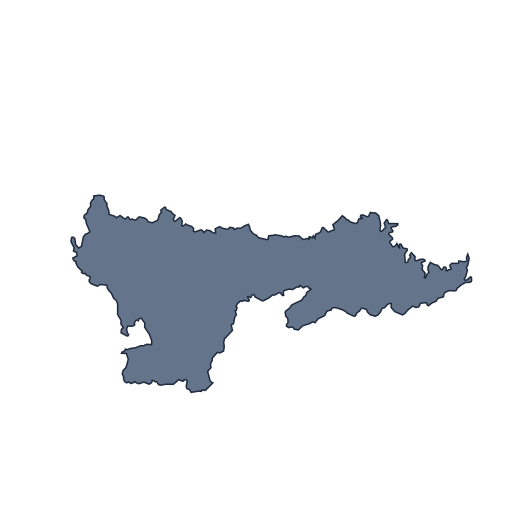 Diamantina, Minas Gerais, Brazil (Albers equal-area conic projection), rotated 57°
{"feature_id": "56859067B62875205833655", "entity_name": "Diamantina", "entity_type": "district", "adm_level": 2, "iso_a3": "BRA", "parent_name": "Brazil", "parent_adm1": "Minas Gerais", "projection": "albers", "projection_center": [-43.58, -17.913], "detail": "fine", "context": "isolated", "style": "filled", "palette": "slate", "viewbox_px": 512, "rotation_deg": 57, "n_neighbors": 0, "source": "geoboundaries", "source_scale": "gbopen_adm2", "svg_char_len": 6116}
<svg xmlns="http://www.w3.org/2000/svg" viewBox="0 0 512 512"><g transform="rotate(57 256 256)"><path d="M117.3,359.2L119.8,361.2L119.8,362.7L121.2,365.8L124.4,367.7L125.6,371.6L127.9,374.0L128.3,377.8L129.2,378.8L130.4,379.6L132.6,379.0L136.2,380.5L145.1,382.1L145.4,384.8L144.8,387.3L146.0,390.4L152.9,397.2L152.7,400.5L148.2,401.0L142.6,398.4L140.6,399.1L140.0,400.5L143.0,403.3L150.1,404.1L152.5,406.4L155.3,404.6L158.4,405.9L157.9,410.7L158.8,411.1L161.1,411.1L162.9,410.0L163.7,410.9L168.7,411.4L173.9,410.0L174.5,411.2L175.5,411.1L176.7,410.5L177.6,408.7L179.7,408.7L182.8,406.5L184.0,406.7L185.2,409.0L186.8,409.8L189.3,409.4L194.8,405.7L195.3,401.8L199.3,396.9L201.3,398.0L203.8,398.3L208.8,397.6L213.8,398.4L217.3,397.4L220.8,398.1L229.6,403.9L236.6,404.2L239.4,406.3L243.6,406.3L244.3,408.9L246.9,411.0L252.8,407.8L253.2,406.8L252.7,405.7L250.5,405.8L246.7,404.3L244.9,401.7L247.3,398.4L247.9,396.1L247.5,395.0L246.2,394.7L245.1,393.3L244.8,392.2L244.6,391.1L246.3,389.9L244.8,388.4L245.8,386.1L251.8,385.8L255.1,388.2L263.7,388.1L270.3,389.6L273.5,391.9L270.5,395.7L270.0,399.3L268.4,401.6L267.4,406.8L265.1,411.9L264.5,414.8L263.0,416.3L263.9,417.6L263.7,420.6L264.3,421.8L267.2,417.8L273.1,419.4L278.7,425.7L279.7,429.9L282.1,432.4L285.7,433.0L286.7,433.9L289.4,434.6L291.9,433.6L292.5,431.2L294.8,430.4L295.5,427.6L295.0,426.5L298.6,424.6L299.5,423.3L300.7,418.7L305.3,415.5L305.4,412.6L303.7,410.7L306.6,408.9L307.3,407.8L311.0,407.7L312.6,406.0L314.4,401.5L318.6,395.2L317.6,388.2L320.9,385.9L321.5,384.7L320.5,383.6L322.0,381.9L323.1,381.6L327.3,385.5L328.7,385.9L329.8,386.1L331.8,384.5L335.0,384.7L338.2,377.5L339.8,375.5L338.9,374.2L341.2,371.6L338.9,361.3L336.0,362.6L326.5,359.4L325.1,354.6L321.5,352.8L319.8,349.6L317.8,348.3L315.8,340.9L317.6,339.2L318.1,335.0L314.7,332.0L310.9,330.2L308.3,327.6L305.6,316.3L300.1,314.2L300.6,311.8L295.7,307.1L294.6,304.5L290.6,303.3L290.9,302.2L288.9,299.9L287.6,300.2L286.1,298.2L285.2,293.5L286.7,291.9L286.5,290.4L289.7,287.3L289.8,286.1L288.8,285.5L285.8,285.5L285.6,284.6L288.0,283.0L286.4,280.2L287.5,278.7L289.8,279.1L297.0,275.2L297.6,274.2L298.2,267.7L297.7,263.4L298.9,261.6L299.3,256.6L300.2,255.7L303.6,255.3L304.1,254.2L300.9,252.7L300.4,251.1L301.6,246.6L304.1,243.5L304.2,238.1L305.3,237.4L305.4,236.2L304.5,235.2L308.6,233.6L308.6,231.2L310.0,228.9L312.1,229.1L312.7,228.1L313.8,227.9L314.2,233.2L316.5,236.2L316.2,237.5L317.9,241.7L316.5,252.8L318.0,256.2L318.4,261.0L319.0,262.2L322.8,263.8L325.6,263.3L329.1,265.2L330.2,267.8L331.4,268.7L333.8,267.7L335.1,264.5L336.4,263.7L338.2,263.8L341.1,260.7L339.9,255.0L342.0,247.6L342.0,244.4L344.1,242.8L342.5,238.3L343.4,230.8L341.1,227.0L341.1,225.5L342.3,222.5L341.1,220.5L341.4,219.5L343.1,216.9L347.7,213.2L350.8,211.3L353.8,210.5L359.8,206.7L360.4,205.4L358.5,202.1L358.6,199.4L357.5,196.8L357.4,195.8L358.1,194.9L360.8,192.5L363.8,193.0L367.5,192.2L371.5,188.8L371.9,186.1L371.0,182.7L368.6,178.7L369.4,176.4L368.2,171.8L368.7,169.4L369.7,168.5L372.7,170.7L378.2,169.9L385.2,165.2L385.3,162.4L384.0,158.2L383.4,151.7L386.3,150.0L387.3,147.1L385.2,143.7L388.0,138.5L390.4,139.1L391.6,138.6L391.2,134.0L392.0,129.6L390.6,126.4L392.4,121.0L390.0,118.9L389.5,116.5L390.4,112.5L393.7,108.1L393.9,106.8L392.6,104.9L391.9,98.1L392.3,96.7L392.0,95.3L394.4,91.3L394.7,89.5L394.0,88.5L391.1,86.9L390.3,87.5L390.9,92.6L390.0,94.0L389.0,94.1L387.6,91.5L384.0,87.5L383.0,86.4L380.1,85.8L379.3,83.6L374.1,78.5L369.8,77.4L372.0,80.4L374.7,81.7L374.8,83.1L373.7,85.2L370.6,88.6L371.9,89.4L372.2,90.6L368.8,95.8L369.2,98.1L370.1,99.0L372.7,99.1L373.2,99.9L372.3,102.4L372.6,103.6L372.0,104.4L369.3,103.0L368.3,103.3L367.6,104.6L369.0,107.3L368.1,108.1L362.9,108.6L360.3,111.1L356.3,113.3L358.6,117.4L360.7,119.1L363.9,119.9L364.5,122.5L366.6,125.8L365.7,126.6L362.7,123.5L357.7,124.0L354.7,121.4L352.4,121.4L351.7,120.6L352.3,116.9L351.0,116.7L349.8,117.4L348.3,120.0L347.3,124.3L345.8,125.0L343.2,122.9L337.8,123.9L339.1,126.8L340.5,126.8L341.5,127.7L342.1,130.5L343.6,131.7L343.5,133.3L342.7,134.3L335.3,130.3L333.6,126.0L332.3,125.4L329.4,128.3L325.4,128.0L324.4,128.5L324.4,129.5L327.4,131.2L326.3,131.7L322.2,131.0L323.2,133.4L323.4,135.3L322.6,136.3L317.8,136.4L316.7,136.0L316.3,132.3L314.8,131.7L310.5,132.7L309.4,132.3L309.2,130.9L310.2,128.5L309.7,127.6L305.9,127.5L305.7,126.0L307.2,122.9L307.2,120.2L306.1,119.4L301.0,127.1L297.6,126.2L296.6,126.7L298.2,130.6L302.6,131.7L303.7,136.7L303.2,138.1L301.7,137.9L298.3,134.9L295.6,133.5L289.1,131.1L285.4,132.1L284.1,133.1L283.6,134.6L281.7,136.3L284.1,140.1L283.6,141.4L280.2,143.6L279.0,145.1L279.1,146.3L280.0,147.1L281.3,146.2L282.4,146.5L280.9,149.6L283.1,152.4L283.1,154.8L278.5,158.5L276.3,158.9L274.6,160.4L273.4,160.2L269.2,161.7L270.9,167.7L271.6,174.5L276.2,175.7L276.7,176.7L275.8,178.7L275.6,181.8L274.8,182.6L268.9,184.0L268.2,185.0L270.6,188.2L271.1,189.9L270.3,194.2L273.3,196.8L270.2,196.9L271.6,198.8L269.1,200.3L269.0,201.3L270.4,201.5L270.8,202.6L269.6,202.9L267.7,207.6L262.6,209.0L259.9,212.9L258.2,218.1L255.7,220.2L255.4,221.8L252.3,224.3L248.3,228.9L248.2,230.2L245.9,234.3L248.6,236.8L248.3,237.9L241.9,244.0L238.3,244.5L236.5,246.0L231.0,246.8L228.8,245.7L225.3,245.1L224.4,249.4L224.5,253.6L222.3,256.6L222.3,259.2L221.7,260.0L220.4,259.5L217.7,262.2L218.2,264.8L217.7,265.8L214.2,269.2L211.8,270.3L211.4,271.5L211.0,275.5L214.7,277.2L214.4,278.1L212.7,279.6L210.0,280.6L207.4,283.1L207.9,287.0L205.8,286.9L204.1,287.9L202.5,294.2L201.2,295.0L199.0,293.4L197.6,293.4L194.7,294.8L193.6,296.1L190.8,297.5L191.2,298.7L190.8,301.2L190.0,301.8L186.7,298.9L183.6,298.5L182.3,299.0L182.9,305.0L182.1,305.5L180.6,305.6L177.8,301.8L174.8,303.0L172.7,302.9L168.1,306.0L166.0,305.3L165.2,306.2L165.7,310.9L167.8,311.6L168.9,314.9L172.0,318.2L172.4,319.5L171.6,325.0L168.4,327.8L165.9,327.7L163.4,328.8L160.2,331.9L159.5,332.9L160.3,336.7L159.9,338.1L157.5,339.8L157.1,341.8L153.7,341.9L153.2,342.9L153.9,345.1L153.1,346.0L148.0,347.9L147.9,352.1L145.3,353.1L141.2,356.5L138.1,354.9L132.2,353.6L131.3,352.5L126.0,352.6L123.9,351.2L122.7,351.3L119.9,353.9L117.3,359.2Z" fill="#64748b" stroke="#1e293b" stroke-width="1.5"/></g></svg>